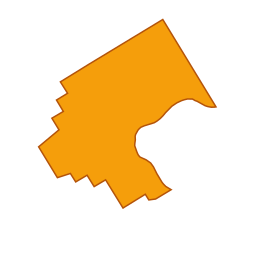 Jefferson, Indiana, United States of America, rotated 329°
{"feature_id": "52423323B82585243463531", "entity_name": "Jefferson", "entity_type": "district", "adm_level": 2, "iso_a3": "USA", "parent_name": "United States of America", "parent_adm1": "Indiana", "projection": "mercator", "projection_center": [-85.425, 38.75], "detail": "fine", "context": "isolated", "style": "filled", "palette": "amber", "viewbox_px": 256, "rotation_deg": 329, "n_neighbors": 0, "source": "geoboundaries", "source_scale": "gbopen_adm2", "svg_char_len": 902}
<svg xmlns="http://www.w3.org/2000/svg" viewBox="0 0 256 256"><g transform="rotate(329 128 128)"><path d="M127.2,53.2L120.6,53.3L93.8,53.6L94.1,67.1L81.1,67.2L81.1,80.5L67.8,80.4L67.9,94.0L41.7,98.1L41.9,134.2L55.2,137.3L55.4,147.3L68.6,147.4L68.8,160.8L82.1,160.9L82.5,194.0L108.7,193.7L108.8,200.4L115.1,203.1L133.2,203.1L130.3,197.6L129.9,196.0L129.5,194.3L129.2,192.1L129.2,182.0L129.8,174.4L129.4,169.7L127.2,164.7L123.4,159.2L123.1,157.9L122.9,156.0L123.3,153.0L124.6,146.7L125.8,144.9L128.2,141.9L129.8,138.9L131.1,137.5L135.4,135.0L137.3,134.4L139.4,134.0L143.1,134.5L153.2,137.0L156.2,137.0L156.4,137.0L160.5,136.5L164.4,135.5L167.2,134.5L168.0,134.2L176.9,131.9L182.9,131.6L187.8,132.1L190.6,132.7L193.8,133.7L198.2,136.4L199.6,139.0L201.0,140.7L205.5,148.5L207.3,150.6L210.1,153.1L213.2,154.8L214.3,155.2L213.7,52.9L127.2,53.2Z" fill="#f59e0b" stroke="#b45309" stroke-width="1.5"/></g></svg>